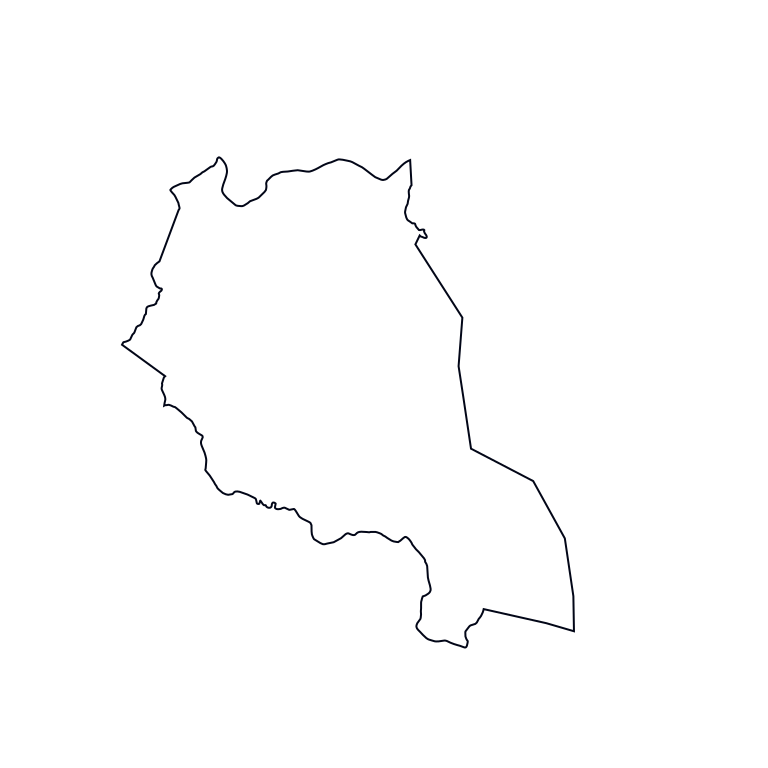 outline of El Corpus, Choluteca, Honduras, rotated 294°
{"feature_id": "27666195B38689641379995", "entity_name": "El Corpus", "entity_type": "district", "adm_level": 2, "iso_a3": "HND", "parent_name": "Honduras", "parent_adm1": "Choluteca", "projection": "albers", "projection_center": [-87.027, 13.288], "detail": "fine", "context": "isolated", "style": "outline", "palette": "ink", "viewbox_px": 768, "rotation_deg": 294, "n_neighbors": 0, "source": "geoboundaries", "source_scale": "gbopen_adm2", "svg_char_len": 6166}
<svg xmlns="http://www.w3.org/2000/svg" viewBox="0 0 768 768"><g transform="rotate(294 384 384)"><path d="M274.8,192.0L275.6,192.6L276.3,194.1L277.2,195.3L277.5,196.1L277.7,198.1L277.6,200.8L277.9,202.4L277.6,203.9L275.7,210.5L273.0,217.6L272.9,218.3L272.8,220.3L271.7,223.8L268.3,228.2L267.7,229.3L264.7,231.2L264.3,231.7L263.8,232.8L263.5,234.0L263.2,236.2L263.0,238.2L262.8,239.1L262.2,239.7L261.4,240.1L257.8,240.1L256.6,240.4L255.5,240.9L254.5,241.6L253.4,242.6L248.3,248.0L245.7,250.2L243.4,251.9L242.0,252.7L239.6,253.6L234.4,255.4L233.1,255.6L232.7,255.8L231.9,257.1L229.5,262.0L228.8,263.1L225.3,268.5L223.8,270.4L222.7,272.3L221.7,273.5L221.0,274.4L220.2,276.6L218.9,281.1L218.9,284.3L219.4,286.7L221.7,290.2L222.3,290.6L224.3,291.2L225.2,291.9L226.2,293.7L226.8,296.0L227.5,304.3L227.2,312.5L227.0,313.2L226.7,313.8L225.3,314.9L223.5,316.2L223.2,316.6L223.1,317.2L223.3,318.1L223.9,318.8L227.0,318.4L227.1,318.5L226.7,319.4L225.1,321.9L224.6,323.0L224.5,323.8L225.0,324.7L225.1,325.2L224.9,325.6L224.3,326.2L224.1,326.7L223.9,327.4L223.9,328.4L224.1,329.2L224.5,330.0L224.9,330.5L225.4,330.8L226.1,331.0L226.8,331.0L228.5,330.5L229.5,330.4L230.4,330.7L230.8,331.3L231.0,332.4L230.7,333.6L230.2,333.8L227.4,334.4L226.9,334.6L226.5,334.9L226.2,335.5L226.1,336.7L226.5,338.1L227.6,340.0L228.1,340.6L229.4,341.7L230.4,343.0L230.6,343.8L230.5,348.5L230.7,349.0L233.1,352.4L233.2,352.9L232.9,353.7L232.1,355.1L228.8,359.9L228.2,361.3L227.7,364.4L227.5,370.8L227.4,372.4L227.1,373.4L225.5,375.2L219.9,377.8L217.3,379.3L215.9,380.6L214.4,382.3L213.8,383.2L213.6,384.6L212.8,390.6L212.8,393.2L213.1,394.1L213.6,395.1L215.2,397.1L219.0,402.4L225.7,407.5L231.2,410.0L232.3,410.9L232.9,411.7L233.1,412.4L233.1,414.6L233.2,416.0L233.4,417.2L233.9,418.2L234.2,418.6L234.7,419.0L236.9,419.9L237.9,420.6L238.8,421.6L239.8,423.3L241.7,428.3L242.5,430.8L243.5,432.1L245.4,436.4L245.7,438.0L245.9,440.6L245.9,442.6L245.3,444.8L245.2,447.2L244.7,449.5L244.0,454.5L244.1,456.8L244.8,459.6L245.3,461.2L245.6,461.5L246.3,461.8L247.4,462.6L251.3,464.4L252.7,465.3L253.1,466.0L253.2,466.9L252.7,469.0L252.2,470.3L251.1,472.3L250.1,473.8L248.9,475.1L248.4,476.0L246.0,480.5L244.6,484.2L241.0,491.5L239.7,493.2L238.3,493.9L236.9,495.9L235.2,497.5L225.1,502.8L222.5,504.7L218.7,507.9L216.0,509.8L214.7,510.4L213.7,510.5L212.6,510.5L211.5,510.2L210.3,509.6L207.7,507.9L205.7,505.8L203.3,506.0L201.4,506.4L200.8,506.4L199.4,506.8L194.2,509.1L191.4,510.1L188.5,511.6L185.4,512.6L184.2,512.8L179.0,511.7L177.1,511.8L175.9,512.1L175.0,512.7L174.1,513.6L173.2,515.3L172.2,517.9L170.7,521.4L170.0,523.4L169.1,526.0L168.8,527.8L168.8,529.0L169.2,532.3L169.6,535.1L170.0,536.3L171.1,538.6L174.2,543.5L174.6,544.6L174.8,546.0L174.7,550.0L174.9,553.7L175.3,557.1L175.7,559.7L176.0,564.1L176.2,565.2L176.7,565.8L177.3,566.1L178.6,566.2L181.7,565.6L182.9,565.2L183.3,564.9L183.8,564.0L184.7,562.8L186.5,561.1L190.0,559.4L190.9,559.1L191.3,559.1L197.2,560.5L198.1,560.9L198.8,561.4L202.0,565.0L203.8,565.8L208.1,566.1L209.6,566.6L211.7,567.0L215.6,567.1L217.4,566.9L218.9,566.6L231.5,629.5L235.4,658.1L267.2,643.3L316.5,612.0L356.0,559.8L360.3,489.8L404.6,461.6L430.6,444.9L476.5,428.6L524.3,355.9L534.2,356.2L533.7,357.6L533.9,359.1L533.9,361.3L534.3,362.6L534.7,363.1L535.2,363.3L536.0,363.1L536.8,362.4L537.2,361.9L538.3,360.0L539.4,358.8L540.1,358.3L540.8,358.3L541.0,358.2L541.2,357.6L541.0,356.8L540.4,355.8L539.3,354.4L539.0,353.7L538.9,353.3L540.6,349.7L541.7,348.3L542.7,347.5L543.0,347.1L543.0,346.7L543.0,346.2L542.3,344.5L543.0,341.1L543.2,339.6L543.7,338.3L545.2,336.6L548.7,333.8L549.4,333.4L550.3,333.1L554.4,332.2L558.2,332.3L561.1,331.5L564.4,331.0L566.0,330.5L568.0,329.3L569.9,328.3L571.2,327.9L571.9,327.9L573.0,328.1L575.2,327.9L576.8,328.3L599.2,316.8L597.9,315.6L595.7,313.9L593.5,312.6L590.5,311.2L584.0,308.8L579.5,306.3L572.6,303.1L571.5,302.2L570.2,300.5L569.7,299.3L569.5,298.0L569.4,291.9L570.3,287.8L572.6,278.2L573.1,275.6L573.2,272.5L573.8,264.9L573.7,262.7L573.2,260.2L572.1,255.2L571.2,252.4L570.8,251.3L569.9,250.2L564.9,245.4L563.2,243.3L561.4,241.5L559.3,239.6L554.4,235.9L552.3,234.2L549.8,231.9L548.0,229.9L547.4,228.9L546.6,226.8L544.2,218.2L541.8,214.1L539.0,209.7L536.8,205.5L535.7,203.8L535.1,203.2L533.4,201.9L530.9,199.1L529.2,197.5L527.2,196.5L523.5,195.1L522.2,194.5L521.1,194.5L519.5,194.7L518.7,195.1L517.2,196.0L516.0,196.5L514.3,197.0L513.0,197.2L510.8,196.7L503.5,193.8L502.7,193.3L501.3,192.2L496.5,187.3L493.8,186.0L490.1,183.5L489.0,182.4L488.4,181.2L487.3,178.0L487.0,176.5L487.0,175.7L490.0,165.1L491.9,160.9L492.7,159.6L493.5,158.6L494.1,158.0L495.0,157.4L496.0,156.9L497.2,156.6L501.0,156.0L506.7,155.6L510.0,155.2L512.9,154.6L514.1,154.2L515.0,153.8L517.1,152.5L519.0,151.0L519.9,150.1L521.0,148.6L522.3,146.5L523.6,143.7L524.0,142.1L524.0,141.4L523.9,141.0L523.1,140.4L522.3,140.1L521.5,140.1L519.9,140.5L518.8,140.6L516.2,140.2L514.2,139.7L513.2,139.0L512.3,137.7L511.7,137.2L505.2,133.4L503.5,132.0L501.1,130.9L495.5,126.9L492.0,125.4L489.3,124.4L488.9,124.1L488.0,122.8L485.4,118.3L483.9,116.5L478.6,111.8L477.2,110.9L475.6,110.2L474.5,109.9L474.0,110.2L472.9,112.2L471.4,115.6L470.1,117.4L465.8,122.5L464.4,123.5L462.0,125.4L461.2,125.8L460.2,125.8L459.4,125.6L404.7,129.0L402.1,127.5L399.3,126.3L397.5,126.2L395.9,125.9L394.6,125.8L392.3,126.1L390.8,126.4L389.5,127.0L388.3,127.9L386.8,129.7L381.7,135.0L380.9,136.1L380.6,136.7L380.2,139.9L380.2,140.6L380.6,141.5L380.6,141.9L380.3,142.5L379.6,142.7L378.6,142.6L376.9,141.7L375.5,141.4L374.9,141.5L374.2,142.2L373.6,142.6L371.0,143.3L369.7,143.3L368.3,142.9L366.8,142.8L365.9,142.8L365.1,143.1L364.8,143.1L362.7,141.7L360.7,139.0L359.1,137.1L358.1,136.4L357.4,136.2L356.3,136.2L351.1,138.0L350.8,137.9L350.1,137.5L348.7,137.4L344.9,137.9L340.0,137.8L338.4,137.1L336.8,135.5L335.1,134.7L329.8,135.0L328.8,134.9L327.3,134.3L326.5,134.1L321.5,134.0L320.8,133.7L319.4,132.6L317.7,130.9L316.2,129.0L315.1,128.8L313.3,128.7L302.1,180.9L300.9,180.4L300.1,180.3L294.7,180.9L294.1,181.0L293.1,181.7L292.2,182.0L289.8,182.5L289.0,182.9L288.1,183.7L284.7,187.6L283.2,189.1L282.1,189.9L281.0,190.5L279.9,190.8L277.3,191.3L274.8,192.0Z" fill="none" stroke="#020617" stroke-width="2"/></g></svg>